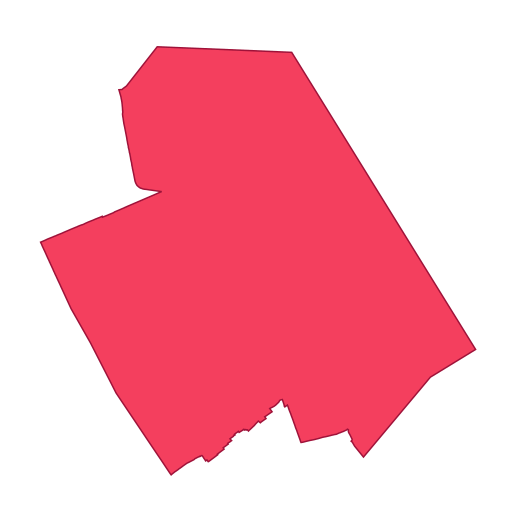 Drechterland, Noord-Holland, Netherlands, rotated 267°
{"feature_id": "6326949B42613420061544", "entity_name": "Drechterland", "entity_type": "district", "adm_level": 2, "iso_a3": "NLD", "parent_name": "Netherlands", "parent_adm1": "Noord-Holland", "projection": "orthographic", "projection_center": [5.149, 52.656], "detail": "fine", "context": "isolated", "style": "filled", "palette": "rose", "viewbox_px": 512, "rotation_deg": 267, "n_neighbors": 0, "source": "geoboundaries", "source_scale": "gbopen_adm2", "svg_char_len": 5453}
<svg xmlns="http://www.w3.org/2000/svg" viewBox="0 0 512 512"><g transform="rotate(267 256 256)"><path d="M151.2,470.4L212.9,436.5L313.0,381.6L394.5,336.9L457.5,302.3L470.1,168.3L432.5,135.5L430.2,132.0L429.3,131.0L429.2,127.8L421.4,129.6L421.1,129.5L420.0,129.7L418.6,129.9L417.0,130.1L416.1,130.2L415.5,130.2L413.9,130.3L413.3,130.3L411.0,130.4L409.4,130.4L408.8,130.4L408.6,130.4L408.4,130.4L408.2,130.4L408.2,130.5L407.9,130.5L407.0,130.5L406.7,130.5L406.4,130.5L405.9,130.3L405.3,130.2L405.0,130.2L404.7,130.1L403.3,130.2L402.9,130.2L402.1,130.3L400.4,130.5L399.1,130.6L398.2,130.7L396.9,130.8L396.4,130.9L396.1,130.9L395.1,131.0L392.0,131.5L388.5,132.0L382.8,132.8L380.6,133.1L378.3,133.3L376.5,133.6L375.9,133.6L374.6,133.8L372.9,134.1L372.2,134.2L371.6,134.2L371.2,134.2L370.2,134.4L369.3,134.6L367.3,134.9L366.0,135.0L365.6,135.1L364.9,135.3L363.3,135.5L361.1,135.8L359.0,136.0L357.7,136.2L356.1,136.5L355.9,136.6L354.2,136.7L352.9,136.9L352.7,136.8L351.6,137.1L350.4,137.2L350.2,137.2L343.8,138.2L340.8,138.6L338.0,139.0L337.3,139.1L336.8,139.2L336.6,139.3L335.8,139.5L334.7,139.9L333.7,140.4L332.7,140.9L331.1,142.5L330.4,143.4L330.0,143.9L329.9,144.2L329.8,144.5L329.7,144.6L329.4,145.5L329.1,146.1L328.9,146.6L328.8,147.0L328.5,148.2L328.3,149.7L327.8,152.1L327.6,153.0L327.3,154.8L326.8,157.1L326.7,157.7L326.3,159.8L325.9,161.9L325.5,163.8L325.3,165.2L312.9,131.7L309.2,122.0L307.4,117.0L306.9,116.3L306.7,115.9L303.7,107.5L302.8,104.7L303.2,104.6L303.7,104.5L303.1,103.0L302.9,102.4L302.7,101.9L302.4,101.0L302.0,99.7L301.5,98.4L301.4,97.9L301.3,97.6L301.0,96.9L300.3,95.1L299.9,93.8L298.6,90.0L298.3,89.3L297.6,87.4L297.1,86.3L297.0,86.1L296.6,85.1L296.4,84.5L296.3,84.2L296.3,83.9L296.2,83.6L296.0,82.9L295.4,81.0L294.7,79.1L294.5,78.8L294.2,77.7L293.3,75.2L292.2,72.1L291.6,70.5L290.9,68.7L290.8,68.3L289.9,65.9L289.5,64.8L289.1,63.9L287.9,60.4L287.8,60.1L287.5,59.2L287.4,58.9L287.2,58.4L287.0,57.8L286.7,57.3L286.4,56.2L286.3,55.9L286.3,55.7L286.0,55.0L285.7,54.2L285.2,52.8L285.0,52.2L284.4,50.4L283.7,48.4L283.3,47.5L282.7,46.0L282.4,45.2L282.1,44.5L281.8,43.6L281.6,43.0L281.3,42.4L281.1,41.6L280.8,41.7L280.0,42.0L279.7,42.2L276.9,43.2L273.4,44.6L271.7,45.3L270.7,45.7L269.4,46.2L268.1,46.7L267.0,47.1L266.6,47.3L266.1,47.5L265.7,47.6L263.3,48.6L261.3,49.4L261.0,49.5L260.8,49.5L260.6,49.7L260.3,49.8L258.7,50.4L254.5,52.1L253.5,52.5L252.6,52.8L251.5,53.2L250.4,53.7L248.5,54.4L247.5,54.8L246.7,55.2L246.1,55.4L241.8,57.1L237.7,58.8L235.8,59.5L233.1,60.6L222.0,65.0L217.0,67.0L213.0,68.6L177.8,86.2L139.8,103.2L126.5,109.1L125.5,109.7L106.1,121.3L90.9,130.4L77.8,138.2L65.3,145.7L56.7,150.9L49.1,155.4L43.4,158.8L42.8,159.2L41.9,159.8L42.1,160.0L44.4,163.2L44.8,163.7L45.0,164.2L46.7,166.9L46.9,167.2L47.3,167.7L48.2,169.2L48.8,170.1L49.2,170.8L49.4,171.0L50.0,171.9L51.4,174.1L52.7,176.2L53.1,177.1L53.3,177.7L53.4,177.9L53.4,178.0L53.8,178.8L54.3,179.9L55.9,183.4L56.0,183.5L56.2,183.8L56.8,184.4L56.9,184.5L57.0,185.0L57.9,186.9L58.2,187.7L58.4,188.1L58.6,188.6L59.0,189.5L58.7,189.6L59.1,190.5L59.6,191.4L59.6,191.5L59.3,191.9L59.0,192.1L56.7,193.4L55.4,194.2L54.0,195.0L54.2,195.3L54.9,196.3L53.1,197.5L53.2,197.9L56.3,202.6L59.5,207.3L59.6,207.2L59.8,207.1L60.1,206.9L60.2,207.0L61.0,208.3L63.1,211.4L64.8,214.0L66.2,213.2L67.9,215.8L69.6,218.4L70.4,217.9L71.0,218.9L71.2,219.2L71.7,220.2L72.3,221.0L72.9,222.0L74.8,220.4L76.0,222.2L76.9,223.7L77.1,224.0L77.3,224.1L77.6,224.1L77.8,224.4L78.0,224.9L78.4,225.6L79.0,225.1L79.4,225.6L80.2,226.8L80.6,227.4L81.0,228.1L81.8,229.2L80.7,229.9L81.5,231.3L83.3,234.6L83.5,234.5L83.6,234.8L82.8,235.3L83.1,235.9L83.0,236.0L83.2,236.5L82.7,237.0L82.8,237.3L83.0,237.5L82.9,237.7L82.8,237.8L82.7,237.9L82.7,238.0L82.9,238.2L82.9,238.3L81.6,239.3L82.0,239.7L83.8,241.9L85.6,244.0L85.9,244.3L86.4,245.0L86.5,245.1L87.4,246.0L88.1,246.6L91.0,249.7L89.2,251.6L89.4,251.9L89.7,252.1L89.9,252.4L90.7,253.6L91.9,255.5L93.1,257.5L95.0,256.3L95.6,257.4L96.8,259.3L99.6,263.9L103.0,261.7L103.2,262.1L103.3,262.4L103.7,263.4L104.2,264.5L104.6,265.4L105.1,266.4L105.6,267.1L106.0,267.8L106.3,268.1L107.0,268.9L107.5,269.5L108.7,270.9L109.3,271.4L109.9,271.7L110.4,272.1L110.7,272.4L110.9,272.8L111.1,273.7L111.3,274.8L104.7,276.6L104.6,276.4L103.8,276.9L105.5,279.6L105.2,279.7L104.9,279.8L104.1,280.0L103.3,280.3L101.7,280.7L101.3,280.9L101.0,280.9L100.8,281.0L99.4,281.4L98.9,281.6L98.3,281.8L98.0,281.9L97.4,282.1L97.0,282.3L95.5,282.7L93.5,283.3L92.7,283.6L92.1,283.8L91.6,283.9L91.3,284.0L90.7,284.2L88.3,284.9L87.9,285.0L86.9,285.3L86.6,285.4L85.0,285.9L84.6,286.0L83.9,286.2L83.1,286.4L82.8,286.5L82.6,286.5L82.3,286.6L81.8,286.8L79.8,287.5L77.3,288.2L69.7,290.5L68.1,290.9L67.4,291.2L67.6,293.0L67.8,294.1L68.1,295.5L68.4,297.0L68.5,297.6L68.8,299.3L69.0,300.3L69.4,303.2L69.7,305.1L70.1,306.9L70.3,308.2L71.4,312.7L71.6,313.8L71.9,316.1L72.2,317.8L72.4,318.9L72.9,321.5L73.1,322.2L73.3,323.7L73.4,324.1L73.5,324.6L73.7,326.2L73.7,326.5L73.8,326.9L73.9,327.3L74.0,327.6L74.2,327.9L74.3,328.3L74.8,329.5L74.9,329.9L75.2,331.0L75.6,332.0L75.7,332.3L75.9,333.0L76.0,333.4L76.2,334.0L76.3,334.3L77.1,336.1L77.1,336.3L77.3,336.8L77.5,337.2L77.7,337.5L77.9,337.7L78.2,338.1L78.3,338.2L78.3,338.3L78.0,338.7L77.7,339.2L77.2,339.1L76.6,339.0L76.2,339.1L75.6,339.1L75.2,339.2L74.8,339.4L73.7,339.8L73.4,340.1L68.0,342.4L67.8,342.4L67.6,342.4L67.3,342.3L67.0,342.1L66.1,341.3L65.1,342.4L61.0,344.5L49.6,352.8L125.9,423.8L151.2,470.4Z" fill="#f43f5e" stroke="#9f1239" stroke-width="1.5"/></g></svg>